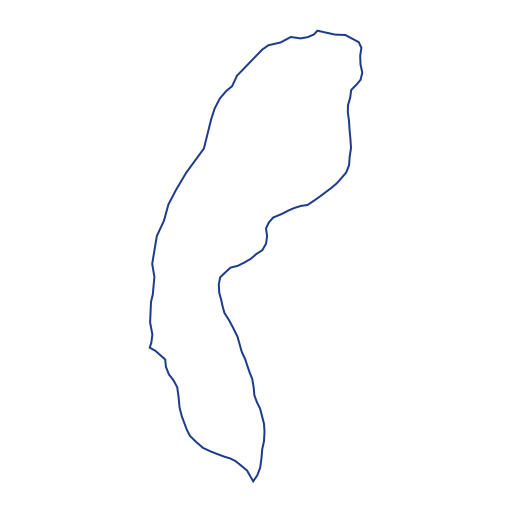 III-2 Bonasika/Boerasirie, Essequibo Islands-West Demerara, Guyana (Natural Earth projection)
{"feature_id": "73187651B69188247216871", "entity_name": "III-2 Bonasika/Boerasirie", "entity_type": "district", "adm_level": 2, "iso_a3": "GUY", "parent_name": "Guyana", "parent_adm1": "Essequibo Islands-West Demerara", "projection": "natural_earth1", "projection_center": [-58.423, 6.616], "detail": "fine", "context": "isolated", "style": "outline", "palette": "blue", "viewbox_px": 512, "rotation_deg": 0, "n_neighbors": 0, "source": "geoboundaries", "source_scale": "gbopen_adm2", "svg_char_len": 1590}
<svg xmlns="http://www.w3.org/2000/svg" viewBox="0 0 512 512"><path d="M253.2,481.3L257.3,475.3L260.2,467.6L261.5,458.0L262.2,449.4L264.0,441.1L264.5,431.9L264.0,423.8L261.8,415.2L260.1,408.6L256.9,402.2L254.4,395.4L253.7,387.7L252.2,378.8L249.6,372.4L247.3,365.7L245.2,359.3L241.7,351.7L239.5,343.8L237.5,336.7L233.2,328.0L229.1,320.3L224.4,312.9L222.6,306.3L221.1,299.5L219.2,292.6L218.8,284.3L220.2,277.3L225.4,272.3L230.6,267.6L237.8,265.8L244.2,262.6L250.6,258.9L256.5,253.9L262.3,250.2L266.1,243.6L267.1,236.1L266.0,228.4L268.9,222.4L273.2,217.5L281.7,214.0L288.5,210.5L294.0,208.1L301.0,205.9L307.5,205.0L314.5,200.3L319.5,196.8L326.0,191.9L331.0,188.2L336.8,183.3L341.4,178.1L346.2,172.5L349.1,165.2L349.6,157.3L351.0,148.1L350.4,138.7L349.5,129.3L349.0,120.5L347.8,112.2L348.0,105.2L350.2,97.5L351.2,90.0L356.3,84.8L360.5,79.9L362.3,72.8L360.5,64.3L360.2,55.7L361.4,47.8L359.5,43.8L358.8,42.2L345.7,35.2L345.4,35.0L335.0,34.6L317.4,30.7L314.0,34.4L307.9,37.1L300.7,38.4L290.8,37.0L280.5,42.5L268.5,45.2L262.2,49.6L237.0,75.7L232.1,86.2L226.2,91.0L219.9,98.4L214.7,108.4L211.1,119.5L203.9,148.5L186.2,172.7L175.8,190.3L168.4,204.5L164.0,220.6L156.8,236.1L152.2,263.9L154.4,276.9L152.8,294.4L151.0,302.0L150.1,322.5L152.4,334.6L151.3,342.8L149.7,347.6L155.4,350.8L160.5,355.3L165.2,359.5L165.9,366.7L168.9,374.4L173.4,380.2L177.2,387.2L178.6,397.0L179.5,407.2L181.7,416.0L184.3,423.0L186.8,429.7L190.0,436.0L196.2,442.0L203.0,447.9L210.8,451.5L217.7,454.2L224.4,456.7L230.1,458.4L235.5,461.1L241.9,466.2L247.0,470.5L253.2,481.3Z" fill="none" stroke="#1e3a8a" stroke-width="2"/></svg>